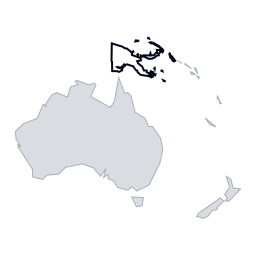 where Papua New Guinea sits in Oceania
{"feature_id": "PNG", "entity_name": "Papua New Guinea", "entity_type": "country or territory", "adm_level": 0, "iso_a3": "PNG", "parent_name": "Oceania", "parent_adm1": "", "projection": "orthographic", "projection_center": [148.76, -6.492], "detail": "medium", "context": "in_parent", "style": "outline", "palette": "ink", "viewbox_px": 256, "rotation_deg": 0, "n_neighbors": 5, "source": "natural_earth", "source_scale": "50m", "svg_char_len": 3398}
<svg xmlns="http://www.w3.org/2000/svg" viewBox="0 0 256 256"><path d="M219.1,100.9L221.3,103.4L220.0,103.9L219.1,100.9ZM219.4,100.2L217.1,98.7L217.3,95.5L219.4,100.2Z" fill="#d9dde1" stroke="#a8b0b8" stroke-width="1"/><path d="M205.1,118.0L216.0,126.9L210.0,124.7L205.1,118.0Z" fill="#d9dde1" stroke="#a8b0b8" stroke-width="1"/><path d="M199.4,77.2L198.5,78.7L197.0,76.1L199.4,77.2ZM195.7,68.0L197.9,74.3L194.3,68.0L195.7,68.0ZM195.2,74.6L191.0,74.2L190.5,71.9L193.2,72.6L195.2,74.6ZM185.2,63.6L191.5,68.9L184.5,64.0L185.2,63.6ZM180.1,62.2L181.7,63.6L177.6,60.4L180.1,62.2Z" fill="#d9dde1" stroke="#a8b0b8" stroke-width="1"/><path d="M240.6,189.0L228.8,201.2L224.9,201.0L227.6,198.2L224.6,194.6L229.6,187.1L226.2,176.3L230.8,179.3L233.2,188.0L240.6,189.0ZM198.8,213.0L220.4,197.9L223.6,201.1L216.8,207.8L217.3,209.5L212.2,210.6L208.0,216.0L203.7,218.2L196.7,216.6L198.8,213.0Z" fill="#d9dde1" stroke="#a8b0b8" stroke-width="1"/><path d="M131.8,196.9L143.3,197.5L142.2,205.6L136.4,206.7L131.8,196.9ZM65.4,167.4L58.8,174.1L47.1,175.1L42.7,179.5L32.7,177.0L32.4,169.3L17.8,146.2L19.6,147.8L17.6,144.2L20.8,146.7L16.1,139.3L15.4,131.5L23.6,123.5L37.2,118.4L43.1,104.3L46.6,106.9L45.0,105.0L52.1,94.6L57.2,92.7L67.5,97.1L70.6,86.7L78.3,84.6L75.1,81.2L77.2,80.5L89.3,84.9L94.0,83.1L96.0,85.1L90.7,96.5L110.2,107.4L114.3,101.8L118.7,77.6L124.9,93.9L127.5,92.3L130.9,95.7L135.2,112.3L145.1,118.3L148.4,126.3L152.5,126.6L160.6,138.3L162.8,149.6L159.8,163.4L149.0,185.1L136.7,191.0L132.3,186.9L127.7,190.2L117.6,187.5L113.3,180.7L108.2,178.8L107.9,174.2L103.6,177.6L105.9,168.6L100.5,176.3L93.4,167.8L82.4,163.9L65.4,167.4Z" fill="#d9dde1" stroke="#a8b0b8" stroke-width="1"/><path d="M112.2,71.1L112.0,61.7L111.5,61.0L111.8,43.4L122.5,46.7L124.9,48.3L126.6,48.4L132.1,52.6L132.0,55.0L139.7,57.8L140.7,58.9L140.9,60.4L137.2,61.1L138.2,63.4L142.1,66.5L144.0,70.5L146.6,70.5L146.9,72.4L150.0,73.3L149.0,73.8L149.5,74.6L153.5,75.6L151.9,75.9L152.7,76.8L151.3,77.4L149.0,76.1L140.6,74.9L137.5,72.0L137.2,70.6L135.8,70.1L133.3,66.4L126.9,64.3L125.3,65.1L123.3,63.9L124.5,65.9L122.7,66.2L123.1,67.0L118.6,67.6L117.8,66.9L117.2,67.1L118.4,67.8L121.0,68.2L122.1,70.3L119.1,71.9L117.4,71.2L112.2,71.1ZM156.8,49.9L159.0,50.0L160.3,50.5L160.0,52.6L158.5,53.6L158.8,55.3L156.5,55.7L155.2,57.2L152.0,58.7L148.6,58.8L143.0,56.1L143.4,55.3L149.3,55.5L150.4,53.3L150.8,55.5L153.9,55.2L155.7,53.1L157.1,52.8L156.8,49.9ZM175.2,60.7L174.2,61.4L172.6,60.8L172.0,59.0L170.2,57.4L170.1,55.3L171.6,56.1L175.2,60.7ZM162.6,52.3L161.7,51.8L161.4,49.7L159.7,47.3L153.2,43.7L153.6,43.0L158.7,45.9L162.9,49.6L163.3,50.6L162.6,52.3ZM135.8,40.4L139.2,40.8L135.4,41.4L135.8,40.4ZM152.2,71.8L153.3,72.1L153.7,73.2L151.8,73.0L152.2,71.8ZM151.9,43.4L150.8,43.3L149.9,42.5L151.0,42.2L151.9,42.5L151.9,43.4ZM154.5,74.7L155.4,74.4L155.1,75.4L154.0,75.0L153.3,73.4L154.5,74.7ZM160.6,70.4L162.4,70.7L162.5,71.3L160.6,70.4ZM163.3,80.3L165.6,81.4L163.7,81.1L163.3,80.3ZM141.7,56.8L140.6,56.0L140.7,55.4L141.8,55.9L141.7,56.8ZM151.5,72.4L150.5,71.9L150.9,71.2L151.3,71.5L151.5,72.4ZM169.7,55.3L169.3,53.9L169.7,53.5L170.1,54.4L169.7,55.3ZM138.1,55.1L137.4,54.6L137.9,54.1L138.2,54.4L138.1,55.1ZM149.1,38.6L148.1,38.3L148.3,37.8L148.9,38.1L149.1,38.6ZM133.3,51.8L132.6,51.9L133.1,51.4L133.3,51.8ZM154.7,69.2L154.2,68.3L154.7,67.9L154.8,68.5L154.7,69.2ZM122.4,68.4L123.1,69.1L121.4,68.0L122.4,68.4Z" fill="none" stroke="#020617" stroke-width="2"/></svg>